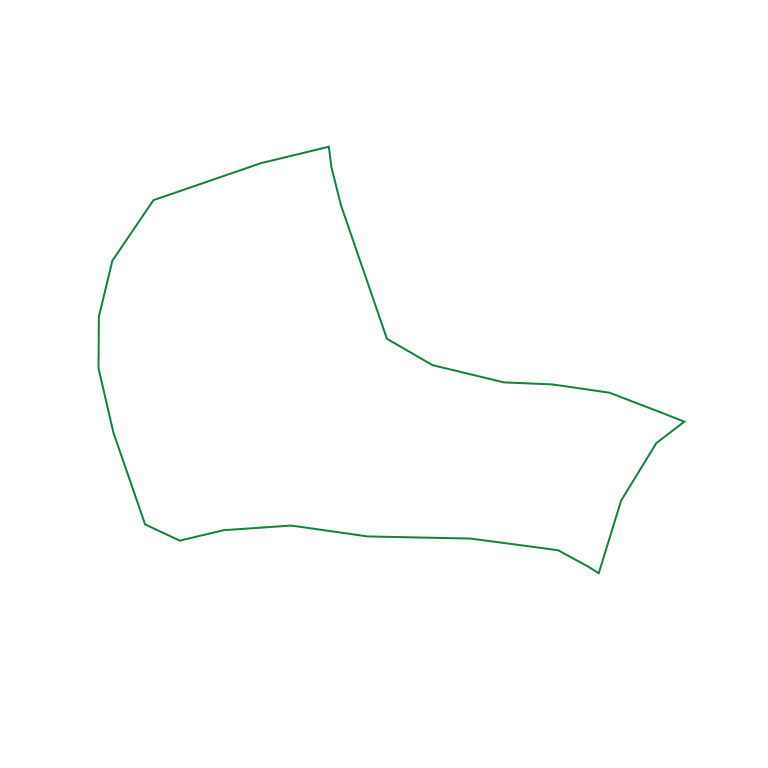 outline of Bristol, rotated 161°
{"feature_id": "GBR-2044", "entity_name": "Bristol", "entity_type": "Unitary Authority", "adm_level": 1, "iso_a3": "GBR", "parent_name": "United Kingdom", "parent_adm1": "", "projection": "natural_earth1", "projection_center": [-2.619, 51.456], "detail": "fine", "context": "isolated", "style": "outline", "palette": "green", "viewbox_px": 768, "rotation_deg": 161, "n_neighbors": 0, "source": "natural_earth", "source_scale": "10m", "svg_char_len": 550}
<svg xmlns="http://www.w3.org/2000/svg" viewBox="0 0 768 768"><g transform="rotate(161 384 384)"><path d="M112.3,250.6L145.7,239.5L197.8,196.5L242.6,135.1L250.0,144.4L273.6,170.2L352.8,209.8L449.1,245.2L517.9,280.4L583.2,298.0L628.1,302.4L655.6,329.0L655.6,364.1L655.7,425.8L648.8,492.0L644.0,505.4L631.7,540.4L600.7,589.0L542.1,632.9L428.5,632.9L358.9,626.3L363.1,606.5L366.5,566.9L366.5,509.5L366.5,469.9L366.5,425.8L332.1,386.1L270.1,346.5L225.4,329.0L173.7,302.4L130.0,265.7L112.3,250.6Z" fill="none" stroke="#15803d" stroke-width="2"/></g></svg>